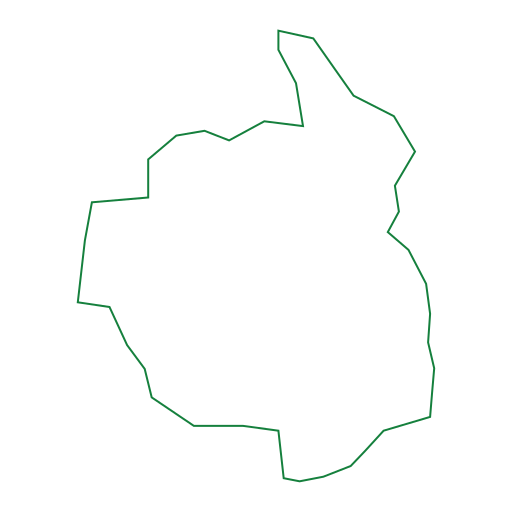 map outline of Suva Reka (Mercator projection)
{"feature_id": "KOS-5910", "entity_name": "Suva Reka", "entity_type": "District", "adm_level": 1, "iso_a3": "XKX", "parent_name": "Kosovo", "parent_adm1": "", "projection": "mercator", "projection_center": [20.856, 42.352], "detail": "fine", "context": "isolated", "style": "outline", "palette": "green", "viewbox_px": 512, "rotation_deg": 0, "n_neighbors": 0, "source": "natural_earth", "source_scale": "10m", "svg_char_len": 621}
<svg xmlns="http://www.w3.org/2000/svg" viewBox="0 0 512 512"><path d="M77.8,302.3L84.9,240.4L91.9,202.3L148.2,197.5L148.2,159.4L176.3,135.6L204.5,130.8L229.1,140.4L264.3,121.3L303.0,126.1L296.0,83.2L278.4,49.8L278.4,30.7L313.3,38.4L334.7,68.9L353.6,95.7L393.9,116.2L415.0,151.6L394.9,185.7L398.9,211.6L387.8,232.1L408.5,249.9L426.1,283.8L430.1,313.8L428.1,342.4L434.2,368.3L432.2,391.4L430.1,416.9L383.6,430.7L365.4,450.6L350.7,466.0L323.4,476.7L299.6,481.3L283.7,478.2L278.4,430.7L243.2,425.9L193.9,425.9L151.7,397.4L144.7,368.9L127.1,345.1L109.5,307.0L77.8,302.3Z" fill="none" stroke="#15803d" stroke-width="2"/></svg>